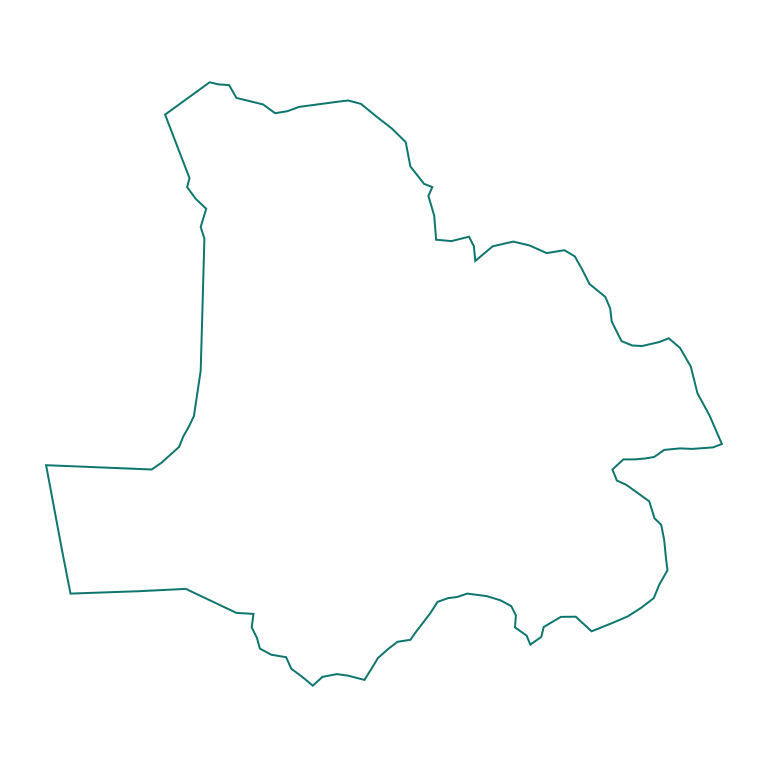 Uiraúna, Paraíba, Brazil
{"feature_id": "56859067B88987691440137", "entity_name": "Uiraúna", "entity_type": "district", "adm_level": 2, "iso_a3": "BRA", "parent_name": "Brazil", "parent_adm1": "Paraíba", "projection": "mercator", "projection_center": [-38.374, -6.502], "detail": "fine", "context": "isolated", "style": "outline", "palette": "teal", "viewbox_px": 768, "rotation_deg": 0, "n_neighbors": 0, "source": "geoboundaries", "source_scale": "gbopen_adm2", "svg_char_len": 1643}
<svg xmlns="http://www.w3.org/2000/svg" viewBox="0 0 768 768"><path d="M209.6,82.3L165.1,114.6L186.3,169.8L189.5,178.1L187.1,187.1L195.6,198.7L206.2,208.8L200.7,227.0L204.4,238.6L202.3,314.2L200.7,370.6L193.9,416.1L189.1,426.2L183.3,436.4L179.1,446.9L161.4,462.8L151.7,469.5L46.1,465.2L62.3,551.8L70.5,593.6L138.8,591.2L185.8,588.9L236.4,612.9L253.5,613.9L251.7,627.4L256.9,637.9L259.9,648.6L271.2,654.7L286.1,657.2L291.3,668.8L301.8,676.5L312.8,685.7L322.4,676.9L336.8,674.1L347.8,675.6L364.5,679.9L373.5,665.4L377.9,658.1L388.0,649.1L397.5,641.8L410.4,639.8L416.1,631.7L423.2,622.5L430.5,612.9L437.5,601.9L448.2,598.1L457.1,597.0L467.2,593.6L486.7,596.1L500.7,600.4L511.3,606.2L515.9,615.4L515.0,627.4L526.6,635.6L530.3,644.6L541.3,636.9L543.7,627.0L560.8,616.9L575.7,616.7L591.6,631.3L612.0,623.1L627.9,616.3L641.3,607.7L653.8,598.1L659.3,584.6L667.5,570.2L666.1,559.5L664.2,540.2L661.2,524.8L654.5,518.3L649.3,501.4L626.4,484.9L616.9,480.6L612.4,469.5L623.4,459.4L634.4,459.4L645.0,458.5L654.1,457.0L664.2,449.9L680.0,448.4L692.3,448.9L713.0,447.4L721.9,444.0L709.4,415.2L697.5,393.4L690.8,366.6L680.0,347.9L668.8,338.3L659.0,342.1L642.2,346.0L632.2,345.5L621.5,341.1L611.7,321.5L610.2,308.5L605.3,296.9L589.5,284.0L581.9,269.0L574.8,256.4L564.4,250.2L546.7,253.1L529.4,245.4L513.2,241.6L492.7,246.3L475.3,260.9L473.9,246.3L469.0,236.7L451.5,241.1L436.1,239.7L434.2,215.6L428.4,195.9L432.3,187.1L424.1,183.9L410.4,166.5L405.7,142.1L391.7,128.4L377.0,117.0L361.0,103.9L348.2,100.5L338.7,101.6L299.0,106.9L287.4,111.2L275.1,113.2L263.0,104.4L236.4,97.9L229.1,85.1L218.7,84.4L209.6,82.3Z" fill="none" stroke="#0f766e" stroke-width="2"/></svg>